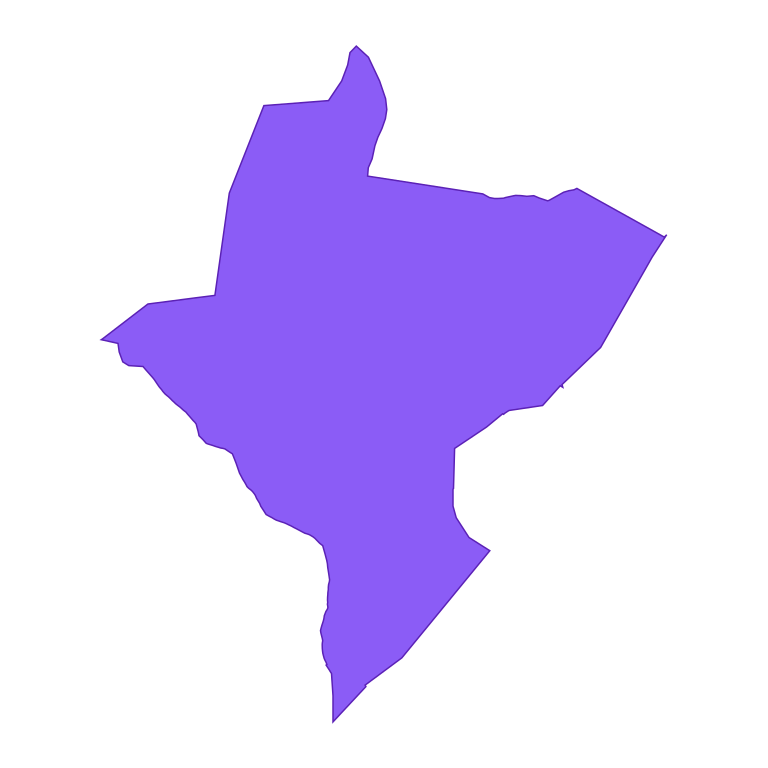 the district of Carellie, Castries, Saint Lucia
{"feature_id": "8701671B42772891330913", "entity_name": "Carellie", "entity_type": "district", "adm_level": 2, "iso_a3": "LCA", "parent_name": "Saint Lucia", "parent_adm1": "Castries", "projection": "albers", "projection_center": [-60.969, 14.018], "detail": "fine", "context": "isolated", "style": "filled", "palette": "violet", "viewbox_px": 768, "rotation_deg": 0, "n_neighbors": 0, "source": "geoboundaries", "source_scale": "gbopen_adm2", "svg_char_len": 2872}
<svg xmlns="http://www.w3.org/2000/svg" viewBox="0 0 768 768"><path d="M356.3,46.1L350.0,52.6L347.7,64.9L341.7,80.9L328.5,100.6L266.6,105.4L263.9,105.6L229.3,193.1L214.9,295.4L195.8,297.8L147.9,304.0L102.6,338.8L101.3,339.7L118.0,343.4L119.2,352.0L122.8,361.9L128.8,365.6L143.0,366.5L146.3,370.4L149.0,373.4L151.1,375.8L152.7,377.6L154.3,379.6L156.7,383.2L158.4,385.7L159.4,387.1L161.7,389.8L162.8,391.4L165.0,393.9L167.0,395.6L168.4,396.7L170.6,398.8L172.3,400.6L174.0,402.1L175.6,403.7L177.9,405.5L179.9,407.0L183.3,410.1L185.9,412.1L187.7,414.3L189.5,416.3L191.1,418.2L193.1,420.5L194.9,422.3L196.2,424.1L197.0,427.2L198.1,431.3L198.7,434.0L199.0,435.7L201.2,437.9L203.1,439.8L204.6,441.5L206.2,443.3L208.0,444.0L212.6,445.4L215.4,446.4L219.1,447.5L220.6,448.0L223.0,448.4L224.9,448.9L227.7,450.8L230.9,452.9L232.3,453.7L233.2,455.8L236.1,463.2L238.4,469.9L239.5,473.1L240.9,475.7L242.9,479.5L244.7,482.3L246.2,485.0L247.0,486.6L248.7,488.3L250.8,489.9L252.4,491.4L254.3,493.8L255.4,495.5L256.6,498.4L259.6,503.3L260.8,506.3L263.5,510.4L266.1,514.5L269.5,516.4L271.9,517.6L273.8,518.8L276.4,520.2L278.3,520.8L280.5,521.6L284.3,522.8L286.8,523.9L288.8,524.9L290.2,525.5L291.8,526.3L293.9,527.5L296.5,528.8L299.7,530.5L302.3,531.9L304.8,533.2L307.5,534.0L309.4,534.7L310.8,535.5L313.1,536.9L314.9,538.3L316.8,540.3L319.6,543.2L321.6,544.8L322.7,545.6L325.1,554.1L326.7,560.2L327.4,563.7L327.7,567.2L328.8,574.2L329.6,579.8L329.3,581.9L328.6,584.4L328.3,587.2L328.3,589.5L327.9,592.5L327.8,594.7L327.6,596.9L327.5,600.1L327.7,602.6L327.4,604.2L327.7,605.9L327.9,607.5L327.4,609.1L325.9,611.5L324.3,615.7L324.0,617.9L323.8,619.0L323.3,621.0L322.6,623.2L321.9,625.3L321.0,628.5L320.5,630.6L320.9,633.0L321.4,635.0L322.3,638.5L322.7,640.7L322.3,643.1L322.2,644.8L322.3,648.5L322.5,650.7L322.8,653.1L323.3,655.2L324.2,658.5L325.0,660.3L326.2,662.6L326.9,664.5L326.1,665.1L329.4,670.1L329.9,671.0L331.5,673.5L333.0,695.8L333.0,721.9L340.7,713.6L365.9,686.6L365.4,685.6L365.1,685.1L401.8,657.9L489.8,550.7L469.0,537.5L456.2,517.7L453.0,506.1L453.0,489.2L453.5,488.5L454.6,448.4L455.7,447.7L486.6,427.0L501.9,414.4L502.6,413.8L503.7,414.3L504.1,413.7L507.4,411.5L509.0,410.5L510.8,410.2L542.6,405.5L560.2,385.8L562.8,387.3L562.2,385.1L562.0,384.6L577.2,370.0L596.6,351.3L600.6,347.5L644.5,270.6L652.1,257.2L666.7,234.7L666.3,235.2L664.3,237.1L577.9,189.0L576.9,188.4L574.0,189.8L568.9,190.7L563.7,192.2L553.7,197.8L549.0,200.4L547.6,200.8L539.2,198.0L538.5,197.7L533.8,195.7L529.3,196.1L526.8,196.3L523.4,195.9L520.7,195.6L517.8,195.5L515.7,195.4L513.5,195.8L505.2,197.6L504.8,197.8L503.5,198.2L497.7,198.5L497.2,198.5L494.5,198.5L489.5,197.6L482.8,193.9L367.6,176.1L368.3,167.7L372.1,158.9L374.5,147.7L374.9,145.8L377.9,137.2L381.0,130.6L382.0,128.4L385.4,118.7L386.8,109.6L385.6,98.7L379.6,81.0L368.4,57.2L356.3,46.1Z" fill="#8b5cf6" stroke="#5b21b6" stroke-width="1.5"/></svg>